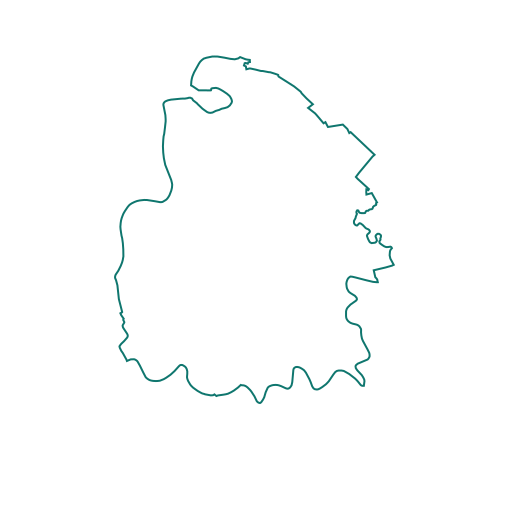 outline of Ninh Giang, Hải Dương, Vietnam, rotated 124°
{"feature_id": "81297802B74485828948407", "entity_name": "Ninh Giang", "entity_type": "district", "adm_level": 2, "iso_a3": "VNM", "parent_name": "Vietnam", "parent_adm1": "Hải Dương", "projection": "natural_earth1", "projection_center": [106.333, 20.753], "detail": "fine", "context": "isolated", "style": "outline", "palette": "teal", "viewbox_px": 512, "rotation_deg": 124, "n_neighbors": 0, "source": "geoboundaries", "source_scale": "gbopen_adm2", "svg_char_len": 6138}
<svg xmlns="http://www.w3.org/2000/svg" viewBox="0 0 512 512"><g transform="rotate(124 256 256)"><path d="M148.5,186.1L146.5,185.0L146.1,185.1L145.0,186.0L144.5,186.1L143.9,185.7L139.1,195.2L143.3,198.8L141.4,200.3L139.1,201.7L138.6,199.7L137.4,199.8L135.2,214.9L134.6,217.4L129.3,217.1L108.4,215.0L105.8,214.3L100.4,246.8L101.9,247.4L99.6,251.3L98.5,257.5L108.8,268.5L106.2,273.3L108.2,274.2L105.2,284.8L104.7,286.9L104.1,295.6L98.4,293.7L97.1,302.2L95.6,309.1L94.8,310.8L94.1,319.3L94.6,337.5L94.2,338.3L93.5,338.8L93.5,339.1L94.3,342.2L95.7,346.9L96.5,348.3L98.8,353.7L99.9,355.5L101.6,360.3L103.6,365.3L104.1,366.2L106.6,368.4L104.5,370.4L104.8,372.5L102.5,373.2L101.7,372.4L101.2,370.4L99.7,370.7L98.6,369.5L96.9,370.8L98.0,372.9L98.7,374.6L100.0,380.4L102.1,381.2L104.8,383.6L106.9,387.5L109.2,393.0L112.1,399.3L113.9,402.1L115.1,403.8L119.3,407.9L121.6,409.7L124.0,410.5L126.2,410.9L128.4,410.9L138.5,410.0L142.8,409.1L144.8,408.4L147.3,407.3L150.9,405.2L150.7,403.2L150.7,396.2L144.2,386.4L143.8,386.0L142.2,386.6L141.4,386.1L139.0,383.2L138.2,380.9L137.9,378.5L137.7,375.4L137.7,370.8L138.1,367.5L138.4,366.6L139.5,364.4L140.5,363.1L141.4,362.3L142.7,361.9L145.8,361.9L148.5,362.8L150.8,364.6L153.1,366.8L155.6,368.3L156.5,369.1L158.2,370.5L161.4,372.3L162.8,373.8L163.6,375.3L164.0,377.0L163.9,380.8L163.8,382.9L163.4,385.2L162.7,389.4L162.4,390.3L162.1,395.2L161.2,397.0L161.5,398.9L162.3,400.1L163.5,401.1L165.3,403.0L167.3,405.9L173.9,413.9L176.1,416.0L177.1,416.7L178.5,417.6L179.4,417.9L180.7,418.0L181.6,417.8L182.5,417.3L189.9,409.9L193.0,407.5L194.9,406.2L200.4,403.3L206.1,400.4L208.5,399.5L211.8,397.7L217.1,394.5L222.2,390.7L226.4,387.1L231.2,382.2L240.4,368.8L242.5,366.5L243.8,365.3L246.3,363.9L249.2,362.8L251.4,362.3L254.1,361.7L255.7,361.6L257.4,361.6L259.1,361.8L260.2,362.2L263.4,363.7L264.2,364.5L265.0,365.6L267.1,370.4L270.5,377.6L272.1,380.1L274.9,383.4L277.0,385.4L279.1,386.9L281.9,388.5L283.9,389.3L285.2,389.6L287.4,389.8L292.1,389.8L295.0,389.6L297.4,389.1L299.8,388.5L302.1,387.7L304.4,386.6L307.6,384.8L309.6,383.2L311.7,381.3L314.3,378.9L316.1,376.9L319.9,373.5L324.9,369.6L330.5,365.7L333.9,364.2L336.3,363.4L339.9,362.6L345.3,361.9L349.5,361.9L350.6,361.8L352.3,361.1L353.1,360.4L354.4,358.4L357.8,354.5L368.4,345.6L377.3,335.6L377.7,335.6L379.3,336.4L380.4,334.7L382.0,330.6L382.7,330.6L383.4,330.1L384.0,328.9L384.4,328.3L384.8,328.0L387.7,327.8L388.4,327.6L388.8,327.2L389.6,326.3L390.2,325.0L392.5,319.4L393.2,318.3L394.0,317.6L394.9,317.3L395.7,317.2L400.5,317.8L404.1,318.6L405.5,318.7L407.2,318.7L408.2,317.7L410.0,314.6L410.9,312.2L413.3,307.5L414.3,305.5L415.2,304.3L411.8,302.1L409.8,299.4L409.5,298.4L409.4,297.0L409.5,296.0L409.7,295.2L411.8,291.0L415.7,284.2L418.1,279.8L418.3,279.0L418.5,277.4L418.4,275.0L417.9,273.3L417.1,271.5L415.8,269.3L414.9,268.0L413.2,266.0L409.7,263.6L407.2,262.4L402.3,260.5L397.0,259.2L390.6,258.3L389.3,258.0L388.6,257.6L388.1,257.0L387.6,256.2L387.4,254.9L387.4,252.8L387.7,251.7L388.5,250.2L390.0,248.5L392.1,247.1L394.1,246.0L395.1,245.4L396.2,244.3L397.5,242.5L399.3,238.8L399.8,237.3L400.3,234.7L400.4,232.7L400.5,228.9L400.2,225.2L400.0,223.7L399.2,221.4L399.2,221.0L396.8,215.5L395.5,213.8L394.8,213.4L394.0,213.1L394.2,210.5L392.9,209.6L389.4,205.7L387.5,203.7L385.8,202.2L382.9,200.5L380.0,199.1L375.2,197.4L371.4,196.5L371.3,195.9L370.1,193.8L369.7,192.3L369.6,191.1L369.7,189.5L370.4,185.9L371.0,184.0L373.2,178.8L375.9,174.2L376.1,173.4L376.2,172.0L375.7,170.5L375.2,170.2L374.2,169.9L371.0,169.9L368.5,170.2L363.5,171.8L358.8,172.6L357.8,172.5L356.5,172.0L354.6,170.7L353.4,169.6L351.9,167.7L351.0,166.1L350.4,164.6L349.8,162.2L349.0,157.3L348.6,156.1L348.1,155.3L347.3,154.7L345.9,154.2L343.4,154.2L340.3,155.4L329.6,161.3L328.4,161.7L327.6,161.7L326.7,161.4L325.8,160.9L325.0,159.9L324.3,158.4L324.0,157.3L323.8,155.2L323.8,153.0L323.9,152.1L324.8,149.4L328.3,142.8L330.1,140.0L332.5,136.7L333.4,134.8L333.6,133.5L333.5,132.7L332.6,130.8L331.6,129.8L330.1,128.9L327.6,127.8L323.3,126.3L321.2,125.9L319.1,125.6L310.9,125.6L307.9,125.4L306.1,124.7L304.7,123.4L303.2,121.2L302.2,118.9L302.0,116.6L301.7,112.7L302.2,105.4L302.6,103.2L303.1,101.2L304.4,97.0L304.4,96.2L304.2,95.4L303.3,94.0L299.1,96.1L297.9,97.2L296.7,99.2L295.6,101.7L294.2,107.9L293.6,109.5L293.1,110.6L291.8,111.8L291.2,112.0L290.3,112.0L288.3,111.4L279.4,105.6L278.3,105.4L276.5,105.5L275.5,105.8L273.9,107.0L272.9,108.1L271.1,111.3L266.6,119.9L265.2,122.0L262.9,124.3L260.6,126.2L258.4,127.6L257.7,128.3L257.1,129.6L256.5,131.0L256.4,132.1L256.4,133.3L256.8,134.7L258.1,138.2L258.6,140.4L258.5,142.9L258.1,144.3L257.5,145.6L256.8,146.6L255.4,147.8L251.5,150.4L250.2,150.9L248.7,151.2L247.3,151.2L243.4,150.5L236.8,148.0L235.5,148.1L234.7,148.8L234.3,149.5L233.7,151.7L233.9,156.7L233.8,158.5L233.6,159.4L232.1,162.3L231.0,163.5L228.5,165.6L226.8,166.4L225.0,166.9L223.6,167.1L222.3,167.0L220.8,166.5L220.2,166.2L219.3,164.5L218.2,161.6L214.4,150.9L212.0,144.5L210.3,141.4L209.6,140.4L207.7,142.4L207.2,143.7L206.9,145.2L202.0,150.4L193.1,142.2L188.0,137.9L186.3,136.9L183.0,143.2L180.7,145.6L177.5,147.4L176.7,147.7L175.5,147.9L173.5,147.7L173.0,148.7L173.0,149.3L173.1,149.8L174.6,151.4L175.6,152.7L176.0,153.7L176.3,155.3L176.3,157.9L176.2,160.2L176.0,160.9L174.9,161.9L172.9,161.9L172.0,162.7L170.4,163.1L169.8,163.4L169.2,163.8L168.8,164.6L168.8,166.3L169.4,167.4L170.2,167.9L171.7,168.2L172.7,168.0L173.3,167.4L174.4,165.7L175.6,164.4L175.9,164.3L177.2,164.3L178.0,164.5L178.8,165.2L180.7,167.4L180.8,168.1L180.9,169.3L180.3,170.7L179.1,172.8L177.5,175.0L177.1,175.4L175.9,175.7L173.4,175.1L172.5,175.1L172.0,175.3L171.6,175.7L171.1,176.9L171.1,178.0L171.5,179.8L171.5,180.8L170.6,184.8L170.5,187.2L170.8,188.3L171.2,188.6L174.1,189.2L174.5,189.8L174.7,190.8L174.5,191.9L174.1,192.9L173.1,193.8L172.0,194.4L168.9,194.7L167.4,195.3L164.9,195.8L164.6,195.9L164.1,196.8L163.5,197.3L162.8,197.6L161.5,197.6L161.2,197.1L161.1,196.6L162.1,194.9L162.1,194.0L161.4,192.4L159.8,190.1L159.2,189.6L157.6,189.9L156.7,189.6L155.6,188.2L154.5,188.1L153.6,187.5L152.4,186.2L152.0,186.0L151.6,185.9L149.7,186.4L148.5,186.1Z" fill="none" stroke="#0f766e" stroke-width="2"/></g></svg>